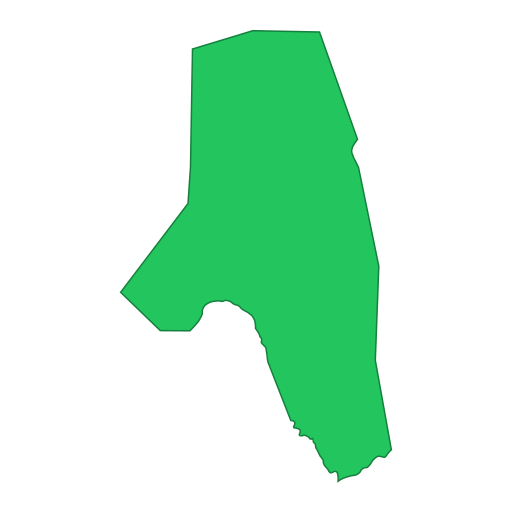 the district of San Agustin, Copán, Honduras
{"feature_id": "27666195B62722570051096", "entity_name": "San Agustin", "entity_type": "district", "adm_level": 2, "iso_a3": "HND", "parent_name": "Honduras", "parent_adm1": "Copán", "projection": "robinson", "projection_center": [-88.925, 14.809], "detail": "fine", "context": "isolated", "style": "filled", "palette": "green", "viewbox_px": 512, "rotation_deg": 0, "n_neighbors": 0, "source": "geoboundaries", "source_scale": "gbopen_adm2", "svg_char_len": 5876}
<svg xmlns="http://www.w3.org/2000/svg" viewBox="0 0 512 512"><path d="M252.8,30.7L192.5,49.0L190.5,167.1L188.0,203.5L120.6,292.3L160.3,330.6L189.9,330.8L191.1,329.6L192.3,328.4L193.1,327.5L195.0,325.5L196.3,323.9L197.7,322.3L198.4,321.4L199.0,320.5L199.4,319.8L199.7,319.3L200.0,318.8L200.6,317.7L201.2,316.5L201.8,315.1L201.9,314.8L202.1,314.4L202.2,313.8L202.3,313.5L202.3,313.0L202.3,312.4L202.3,311.4L202.3,311.1L202.4,310.6L202.4,310.3L202.5,309.8L202.6,309.4L202.8,309.0L202.9,308.6L203.1,308.3L203.3,307.8L203.5,307.5L203.7,307.1L203.9,306.8L204.2,306.4L204.4,306.1L204.8,305.7L205.0,305.4L205.4,305.1L206.0,304.6L206.6,304.1L207.1,303.8L207.6,303.5L208.3,303.1L209.1,302.7L209.6,302.4L210.8,302.0L211.4,301.8L212.1,301.6L212.7,301.5L213.3,301.4L214.7,301.2L215.7,301.1L217.5,300.9L218.3,300.9L219.1,300.9L219.7,301.0L220.3,301.1L221.0,301.2L221.4,301.3L221.9,301.4L222.3,301.4L222.7,301.3L223.0,301.2L223.4,301.1L223.8,300.9L224.1,300.7L224.6,300.6L224.8,300.5L225.2,300.5L225.8,300.4L226.7,300.5L227.4,300.6L228.3,300.7L228.7,300.9L229.1,301.0L229.5,301.2L230.0,301.4L230.5,301.6L230.8,301.9L231.5,302.3L232.1,302.9L232.7,303.4L233.3,303.8L234.0,304.1L234.6,304.4L235.2,304.7L235.9,304.9L236.7,305.0L237.3,305.2L237.6,305.3L238.1,305.5L238.7,305.9L239.1,306.2L239.6,306.6L240.0,307.0L240.7,307.8L241.1,308.3L241.5,308.7L241.9,309.0L242.2,309.3L243.0,309.8L243.6,310.1L244.6,310.7L245.2,311.0L247.9,312.5L250.7,314.6L252.2,316.0L253.1,317.4L253.7,318.4L254.1,319.3L254.5,320.2L254.8,320.9L254.9,321.3L254.9,321.6L255.2,323.0L255.4,324.6L255.5,325.3L255.5,326.0L255.5,327.1L255.5,328.4L257.1,330.6L258.1,332.3L259.3,334.4L259.5,334.7L259.6,334.9L259.6,335.2L259.6,335.7L259.7,336.0L259.8,336.3L259.9,336.6L260.0,336.8L260.3,337.1L260.5,337.2L260.7,337.3L260.8,337.5L261.0,337.8L261.2,338.1L261.3,338.5L261.5,339.1L261.6,339.8L261.7,340.3L261.6,340.6L261.6,340.8L261.6,341.1L261.5,341.4L261.3,341.8L261.3,342.0L261.3,342.4L261.3,342.6L261.7,343.1L262.0,343.5L262.3,343.8L263.0,344.6L264.2,345.8L264.6,346.2L265.1,346.8L265.5,347.3L265.7,347.6L265.8,347.9L265.9,348.2L266.0,348.6L266.1,349.1L266.2,349.6L267.2,356.6L267.2,357.3L267.3,358.4L267.4,358.9L267.5,359.4L267.9,361.9L290.8,420.5L292.7,420.8L293.1,420.9L293.4,421.0L293.6,421.1L293.9,421.3L294.2,421.5L294.3,421.6L294.4,421.8L294.5,422.0L294.7,422.3L294.8,422.6L294.8,422.8L294.8,423.1L294.8,423.6L294.8,424.1L294.7,424.5L294.5,424.8L294.3,425.3L294.0,425.8L293.9,426.0L293.8,426.3L293.7,426.6L293.7,427.0L293.7,427.4L293.7,427.5L293.9,427.7L294.0,427.8L294.4,427.9L295.3,428.0L296.1,428.1L296.5,428.2L296.9,428.2L297.4,428.4L298.1,428.7L298.7,429.0L298.9,429.1L299.1,429.3L299.4,429.5L299.7,429.8L299.8,430.0L300.0,430.2L300.1,430.4L300.2,430.7L300.2,430.9L300.3,431.2L300.3,431.6L300.2,432.0L300.2,432.4L300.0,432.7L299.8,433.2L299.6,433.5L299.5,433.9L299.4,434.4L299.4,434.7L299.4,434.9L299.4,435.1L299.5,435.2L299.5,435.3L300.0,435.6L300.3,435.7L300.5,435.7L301.0,435.8L301.6,435.8L302.1,435.8L302.5,435.7L302.9,435.6L303.4,435.3L303.7,435.2L304.0,435.2L304.3,435.2L304.7,435.2L305.0,435.2L305.2,435.3L305.4,435.4L305.7,435.5L306.3,435.8L306.7,436.1L307.2,436.3L308.1,436.7L308.5,436.9L308.6,437.0L308.9,437.2L309.1,437.4L309.3,437.8L309.5,438.2L309.5,438.4L309.6,438.5L309.8,438.6L310.1,438.9L310.5,439.0L311.1,439.1L311.3,439.1L311.6,439.0L311.8,438.9L311.9,438.7L312.0,438.5L312.1,438.4L312.3,438.3L312.5,438.4L312.6,438.5L312.9,439.2L313.1,439.8L313.2,440.3L313.3,440.9L313.3,441.2L313.3,441.8L313.4,442.0L313.5,442.2L313.7,442.4L314.1,442.8L314.6,443.4L314.9,443.6L315.2,443.8L315.3,443.9L315.3,444.0L315.6,445.9L315.8,447.7L315.9,447.9L316.0,448.1L316.1,448.3L316.5,448.7L316.7,449.0L316.9,449.4L318.7,453.1L319.5,454.8L320.0,455.7L320.3,456.3L321.3,457.5L321.9,458.3L322.4,459.0L322.6,459.3L323.0,460.0L323.2,460.4L323.3,460.8L323.4,461.0L323.4,461.3L323.3,461.7L323.3,462.0L323.3,462.3L323.3,462.6L323.5,463.3L323.8,464.0L324.2,464.9L324.3,465.1L324.5,465.4L324.8,465.8L325.6,466.7L326.4,467.7L327.5,468.9L327.8,469.2L328.0,469.5L328.4,470.4L328.7,470.9L328.9,471.3L329.3,471.8L329.5,472.0L329.8,472.3L330.2,472.6L330.4,472.7L330.6,472.8L330.8,472.8L331.0,472.8L331.6,472.7L332.1,472.5L332.7,472.3L333.2,472.0L333.7,471.7L334.1,471.5L334.3,471.4L334.7,471.4L335.0,471.4L335.5,471.4L335.9,471.5L336.1,471.6L336.4,471.7L336.7,472.0L336.9,472.2L337.1,472.3L337.2,472.5L337.4,473.1L337.5,473.6L337.6,474.1L337.8,474.9L338.1,477.1L338.1,477.9L338.2,478.8L338.1,480.3L338.1,481.3L338.6,480.9L339.6,480.2L340.5,479.7L341.0,479.3L342.0,478.9L342.7,478.5L344.6,477.8L346.5,477.1L347.4,476.8L349.3,476.3L350.3,476.0L351.1,475.8L351.8,475.7L353.8,475.4L354.3,475.3L355.4,475.1L356.0,474.9L356.4,474.7L357.0,474.4L357.5,474.1L358.1,473.8L358.7,473.3L359.5,472.7L359.8,472.3L360.0,472.1L360.2,471.8L360.4,471.5L360.6,471.1L361.0,470.4L361.1,470.1L361.4,469.8L361.6,469.5L361.8,469.3L362.1,469.1L362.4,468.8L362.8,468.6L363.3,468.3L364.0,467.9L364.5,467.8L364.9,467.7L365.3,467.6L365.5,467.6L366.0,467.7L366.3,467.7L366.6,467.6L366.8,467.6L367.1,467.4L367.4,467.3L367.7,467.1L368.1,466.7L368.5,466.3L369.2,465.5L369.6,465.0L370.1,464.5L370.5,463.9L370.9,463.3L371.3,462.7L371.8,461.9L372.1,461.3L372.5,460.7L373.0,460.1L373.7,459.4L374.5,458.6L375.3,457.9L376.1,457.3L376.4,457.1L376.9,456.8L377.3,456.6L377.7,456.4L377.9,456.3L378.2,456.2L378.5,456.2L378.8,456.2L379.2,456.2L379.7,456.3L380.4,456.4L381.8,456.7L382.3,456.8L382.6,456.9L383.5,457.2L383.8,457.3L384.1,457.3L384.3,457.3L384.5,457.3L384.7,457.2L385.0,457.0L385.3,456.8L385.7,456.5L386.0,456.1L386.4,455.6L386.7,455.2L387.6,453.8L388.1,453.2L389.0,452.1L390.0,451.0L390.2,450.7L390.6,450.4L390.9,450.2L391.4,449.9L375.3,360.3L378.8,266.2L358.5,167.4L356.3,162.9L353.9,158.2L352.8,155.3L351.9,153.1L351.6,150.8L351.9,149.3L352.6,146.8L353.4,145.4L354.5,143.5L357.5,139.3L319.5,32.0L252.8,30.7Z" fill="#22c55e" stroke="#15803d" stroke-width="1.5"/></svg>